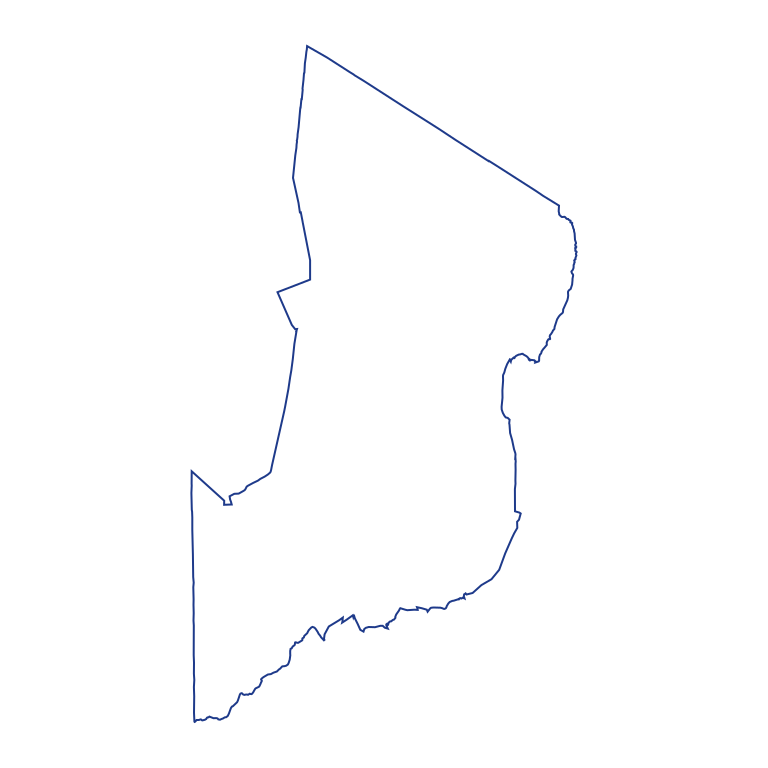 the district of Ngorongoro, Arusha, United Republic of Tanzania
{"feature_id": "72390352B42279830137418", "entity_name": "Ngorongoro", "entity_type": "district", "adm_level": 2, "iso_a3": "TZA", "parent_name": "United Republic of Tanzania", "parent_adm1": "Arusha", "projection": "robinson", "projection_center": [35.632, -2.654], "detail": "fine", "context": "isolated", "style": "outline", "palette": "blue", "viewbox_px": 768, "rotation_deg": 0, "n_neighbors": 0, "source": "geoboundaries", "source_scale": "gbopen_adm2", "svg_char_len": 6062}
<svg xmlns="http://www.w3.org/2000/svg" viewBox="0 0 768 768"><path d="M519.0,519.7L520.7,513.5L519.4,512.6L515.0,511.3L514.9,489.1L515.5,483.8L515.4,480.2L515.6,469.9L515.5,463.7L515.7,461.6L515.4,457.4L515.3,457.5L515.5,454.4L515.3,453.1L514.0,449.1L512.1,440.0L510.1,433.0L509.5,424.7L509.2,423.3L509.6,419.7L507.7,417.9L505.7,417.4L504.3,415.6L502.8,412.8L501.7,409.5L501.6,406.8L502.5,397.8L502.4,390.4L503.1,380.6L503.0,376.3L503.1,375.1L504.3,372.5L505.3,368.8L507.2,364.0L509.9,359.3L510.2,359.5L510.7,361.4L510.8,361.6L511.1,360.3L511.6,359.5L513.6,357.6L513.8,357.5L514.3,358.1L514.5,358.0L514.8,357.1L516.2,355.8L518.7,354.6L520.2,354.4L521.6,353.9L522.7,353.8L523.3,354.4L526.5,356.2L527.6,357.2L528.3,358.0L528.7,359.1L529.2,358.9L529.5,359.0L529.7,359.4L529.4,360.1L529.9,360.5L531.5,359.9L534.4,360.3L535.0,360.9L534.9,361.8L535.1,361.9L535.4,361.4L535.6,361.6L536.1,361.7L536.2,362.0L536.0,362.3L538.7,361.4L539.1,360.7L539.2,357.1L540.0,354.5L541.0,353.6L541.5,352.2L541.5,351.7L542.3,350.4L543.6,348.6L543.9,348.4L546.8,344.9L546.7,342.7L547.1,341.4L547.8,340.2L548.3,339.4L548.8,339.1L549.8,339.2L550.1,339.0L550.1,338.6L549.7,336.4L550.0,335.2L551.2,333.8L552.6,331.5L552.9,330.6L554.3,329.1L554.5,328.1L554.6,327.0L557.1,319.3L558.9,316.4L560.3,314.8L562.5,313.0L563.0,312.0L563.2,309.4L567.3,300.3L567.9,297.9L568.2,295.7L568.0,292.3L568.1,291.5L568.9,290.3L570.7,288.9L572.1,284.6L572.5,280.3L572.5,278.9L573.1,275.7L573.1,274.9L572.9,274.3L572.1,273.5L571.4,271.7L571.7,271.1L572.7,270.0L573.4,268.4L573.6,267.2L573.6,265.0L574.2,263.8L574.2,263.0L574.7,262.1L574.2,260.6L574.7,259.7L575.2,259.6L575.6,259.0L575.4,258.1L576.4,255.4L575.9,254.1L576.0,253.3L576.6,252.2L576.6,251.8L576.3,251.4L575.3,250.8L575.4,249.8L575.2,248.3L575.2,247.9L575.8,247.3L576.0,247.7L576.2,247.4L576.2,246.5L575.7,246.4L575.5,246.1L575.3,245.7L575.2,244.8L575.6,244.0L576.0,243.5L576.0,242.8L575.0,239.9L574.6,233.4L574.0,231.0L574.0,229.8L573.2,228.1L572.9,226.5L572.0,224.5L572.2,223.0L571.9,222.7L570.7,222.6L570.4,222.4L570.3,222.0L570.6,221.3L570.5,220.7L568.7,219.8L568.2,219.0L566.6,218.8L565.2,217.2L564.5,216.8L562.3,217.0L561.6,216.9L560.3,215.7L559.2,214.5L559.2,213.7L558.7,211.3L559.0,205.6L543.2,195.9L536.0,191.0L495.9,165.3L488.9,160.9L488.7,161.2L455.5,139.9L438.1,128.4L402.9,106.1L363.3,80.6L354.6,75.3L353.5,74.4L349.4,71.9L327.0,57.5L307.1,46.1L306.8,49.6L306.4,51.6L305.7,57.9L304.9,63.3L304.4,72.8L304.0,73.2L303.5,79.8L302.5,88.8L302.7,89.7L301.8,99.2L301.4,99.2L300.6,107.5L300.4,107.5L300.2,109.0L298.6,127.1L297.6,134.4L297.5,136.9L297.1,139.7L296.8,140.5L297.0,141.8L296.6,144.3L296.4,147.9L295.3,155.3L293.0,178.0L293.2,178.7L298.5,202.9L299.9,212.4L300.8,212.3L302.7,222.1L302.9,222.1L302.7,222.2L310.1,260.2L310.1,279.6L277.5,292.2L291.8,324.9L295.2,329.2L297.0,329.0L296.3,331.1L296.5,331.1L294.4,343.8L292.8,359.1L291.3,370.5L290.2,376.8L288.4,389.0L285.1,406.8L284.1,411.7L283.7,411.7L284.1,411.7L272.1,464.9L271.1,470.0L270.6,471.8L270.1,472.6L267.9,474.5L264.7,476.6L260.3,478.9L258.0,480.6L253.2,482.9L248.0,485.7L246.7,486.6L245.4,489.2L244.7,490.1L243.5,490.9L238.7,493.6L234.3,493.8L229.6,496.3L230.1,499.5L231.0,501.9L231.7,504.5L224.1,504.8L224.2,500.7L191.7,471.3L191.6,483.6L191.7,485.6L191.4,493.0L191.8,509.8L192.1,511.7L192.3,517.5L192.3,530.0L192.9,554.5L193.2,577.1L193.7,582.7L193.3,587.2L193.6,599.5L193.5,604.9L193.7,613.1L193.5,620.6L193.8,625.5L193.7,655.1L194.0,662.7L193.9,673.7L194.3,679.9L193.9,687.1L194.2,696.3L194.0,712.8L194.4,721.5L194.6,721.9L195.1,721.7L196.6,720.0L198.8,720.0L200.6,719.4L200.9,719.4L202.0,720.3L202.4,720.4L204.8,719.8L206.2,719.0L207.0,717.7L207.9,717.3L208.6,717.3L209.4,716.6L213.5,718.2L216.1,718.1L217.2,718.3L217.7,718.6L218.3,719.4L220.0,719.7L221.5,719.0L223.0,718.5L223.5,718.1L225.0,717.3L226.2,717.2L227.3,716.3L227.8,715.9L228.9,713.6L230.9,708.1L231.5,707.2L231.9,706.6L232.9,706.2L237.1,702.2L237.9,700.5L239.9,694.5L240.5,693.6L241.5,693.2L242.0,693.3L243.0,694.4L244.3,694.9L246.2,694.5L247.2,694.5L248.0,694.8L249.8,693.7L250.4,694.0L251.6,694.1L252.3,693.5L253.4,692.0L254.0,690.8L255.2,688.8L255.6,688.4L258.9,686.8L259.4,686.2L260.6,683.7L261.1,682.3L261.6,681.6L261.8,680.7L261.1,679.5L261.2,679.1L262.1,678.2L263.5,677.1L267.9,674.5L270.9,674.1L273.4,672.7L276.9,671.5L279.0,669.4L280.1,668.7L282.1,666.5L282.7,666.3L284.4,666.2L286.2,665.7L287.9,664.5L288.7,662.8L289.7,659.7L290.3,655.3L290.2,653.9L290.2,650.9L290.6,648.8L291.7,648.3L292.7,646.5L294.5,645.2L294.8,644.6L295.1,642.5L295.3,642.3L295.8,642.3L297.1,642.8L298.2,642.8L302.1,640.4L302.4,639.9L302.3,638.8L302.5,638.3L303.7,637.6L303.9,637.3L304.3,635.9L307.2,633.2L308.0,631.5L308.8,630.1L311.3,627.5L312.5,626.9L314.4,627.6L315.5,628.7L317.6,631.8L318.6,633.8L320.1,635.6L321.1,637.3L323.9,640.3L324.4,639.9L324.0,638.8L324.6,634.3L328.8,626.5L339.2,620.2L342.8,617.6L342.4,621.8L342.2,622.6L346.5,619.8L352.8,615.3L353.3,617.1L353.7,615.8L353.8,614.7L354.8,618.2L357.7,624.0L360.3,629.8L363.5,631.6L364.3,629.0L365.9,627.8L368.7,627.0L375.0,627.2L380.3,625.8L382.7,625.8L384.8,627.7L387.8,628.6L386.4,625.6L386.3,624.4L386.8,624.0L387.3,624.9L387.6,625.2L387.9,625.0L388.2,624.5L388.0,623.4L388.8,622.8L389.2,622.1L390.2,621.4L391.3,621.3L392.1,620.5L392.9,619.9L393.8,619.7L394.3,619.2L395.4,617.8L395.3,616.8L396.2,614.5L399.0,610.5L399.8,608.8L400.3,608.2L405.2,609.7L407.3,610.2L414.4,609.7L417.7,609.9L417.5,608.6L417.0,607.2L421.7,608.2L426.8,609.7L427.6,611.7L430.2,608.4L431.0,607.8L431.7,607.7L433.4,607.5L440.4,607.7L442.3,608.2L443.6,608.8L444.5,608.9L445.6,608.4L446.0,608.0L446.5,607.0L446.7,606.2L448.3,603.5L449.7,602.0L452.3,600.9L453.7,600.7L458.4,599.2L458.6,599.3L458.7,599.0L459.2,599.0L459.5,598.7L459.6,598.4L460.3,598.1L461.0,598.4L461.4,598.5L462.7,597.7L463.1,597.6L463.4,598.1L463.8,598.0L464.5,598.4L464.2,597.3L463.8,596.5L464.1,594.5L464.3,594.2L464.8,594.1L465.6,593.4L466.5,594.5L472.6,593.0L481.4,585.1L491.5,579.2L499.2,569.8L505.2,553.4L511.8,538.3L514.2,533.3L517.3,527.9L517.1,521.8L519.0,519.7Z" fill="none" stroke="#1e3a8a" stroke-width="2"/></svg>